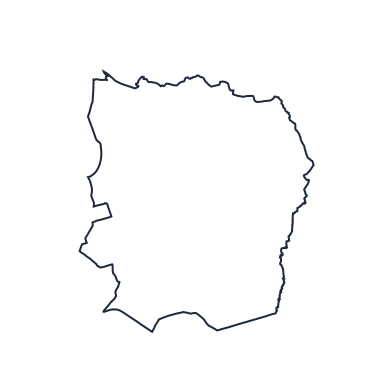 Puok, Siemréab, Cambodia, rotated 164°
{"feature_id": "14789045B68660120235745", "entity_name": "Puok", "entity_type": "district", "adm_level": 2, "iso_a3": "KHM", "parent_name": "Cambodia", "parent_adm1": "Siemréab", "projection": "orthographic", "projection_center": [103.615, 13.442], "detail": "fine", "context": "isolated", "style": "outline", "palette": "slate", "viewbox_px": 384, "rotation_deg": 164, "n_neighbors": 0, "source": "geoboundaries", "source_scale": "gbopen_adm2", "svg_char_len": 5952}
<svg xmlns="http://www.w3.org/2000/svg" viewBox="0 0 384 384"><g transform="rotate(164 192 192)"><path d="M235.6,320.9L236.9,323.2L240.5,328.6L241.4,329.8L243.7,332.1L243.5,330.6L242.9,329.2L241.3,326.7L242.3,326.8L243.0,326.4L243.2,326.0L243.4,325.6L243.5,324.9L242.9,323.6L243.0,323.1L244.6,323.8L248.6,324.8L252.8,326.8L253.5,327.0L254.7,326.6L255.6,327.3L258.2,318.8L262.8,305.9L264.5,303.9L268.5,297.0L271.0,293.5L271.2,292.9L270.1,277.3L269.7,269.6L269.1,267.6L267.3,265.0L266.8,263.9L266.7,263.1L267.9,256.5L269.1,252.1L270.9,247.9L273.0,244.2L275.7,240.8L278.3,238.3L280.2,237.1L281.7,236.4L284.5,235.2L285.6,235.0L287.9,235.0L287.5,233.4L287.2,231.6L287.0,228.0L287.1,224.5L287.7,221.1L288.6,218.7L289.8,216.6L289.9,215.7L289.3,209.2L289.5,207.5L290.5,205.1L284.9,205.1L279.6,204.8L278.7,205.3L277.0,204.3L276.8,203.4L276.7,199.5L276.2,190.7L276.9,190.5L278.1,190.5L287.1,190.5L291.1,190.7L296.0,190.2L296.8,186.8L307.4,176.8L307.2,172.1L312.2,172.0L316.4,166.1L314.9,164.1L312.6,161.5L310.2,158.1L308.8,156.6L304.0,149.3L303.7,148.8L303.5,147.5L301.3,144.9L300.6,144.6L297.5,144.3L292.8,144.5L288.7,144.5L288.5,143.7L290.1,137.4L290.2,135.6L288.9,132.6L288.7,129.6L288.4,127.4L288.1,126.5L287.8,126.1L286.6,125.6L286.9,124.8L289.1,121.4L292.4,118.3L293.1,117.3L293.4,116.1L293.4,114.5L293.7,112.9L294.4,112.2L296.1,110.7L297.2,110.0L299.5,108.9L301.4,107.7L303.3,106.2L309.7,102.0L310.0,101.3L309.3,101.0L303.2,101.3L300.6,101.0L296.3,99.6L294.4,98.3L292.8,96.8L289.6,93.2L286.5,89.4L283.7,86.3L277.8,79.1L268.9,68.6L265.4,72.1L264.3,73.7L259.9,77.6L258.9,78.7L258.1,78.7L253.5,79.2L249.7,79.5L239.9,79.4L235.2,79.0L233.2,79.0L232.2,78.3L230.7,77.7L226.7,75.4L223.7,75.2L221.7,74.7L220.0,72.7L216.4,67.5L215.4,65.5L214.6,62.5L214.0,61.2L213.0,59.3L207.8,54.1L206.0,52.0L198.3,52.0L194.7,51.9L186.2,52.1L155.7,52.2L148.0,52.5L146.3,52.3L145.0,52.3L144.5,53.3L143.0,54.5L143.3,55.5L143.0,55.8L143.1,56.9L142.6,57.6L141.8,57.4L141.1,57.5L140.7,58.1L140.8,58.8L139.9,60.2L139.4,61.9L138.4,63.1L138.4,63.6L138.8,64.3L138.6,65.0L137.2,64.8L137.4,65.9L137.2,66.3L136.6,66.8L136.4,67.7L136.5,68.1L135.5,69.6L134.6,71.8L133.9,71.3L133.7,72.1L133.9,72.7L133.6,73.4L133.0,73.2L131.7,74.7L132.2,75.2L131.6,76.4L131.2,76.7L130.1,77.0L129.8,78.2L128.8,78.7L128.7,79.1L128.3,79.4L128.0,80.0L128.4,80.5L128.3,81.2L128.0,81.9L128.0,82.5L127.4,82.9L128.5,83.7L126.9,85.2L126.9,87.1L126.3,89.8L125.7,93.0L126.1,93.8L125.8,94.5L126.0,95.0L126.0,95.7L126.3,96.3L126.2,97.3L127.0,97.9L127.2,98.6L126.2,100.2L125.7,100.6L124.8,103.0L125.1,103.5L124.8,104.1L125.5,104.8L125.1,105.6L124.2,106.9L123.2,105.9L122.4,106.2L122.1,106.8L121.9,108.0L122.2,108.5L122.6,108.7L122.7,110.2L122.4,111.4L121.6,113.0L120.0,113.1L117.7,112.3L117.3,113.1L116.5,112.4L116.1,112.4L115.9,113.4L116.0,113.7L115.8,114.5L115.7,116.0L115.4,116.5L114.8,118.5L114.3,118.6L113.2,118.2L112.0,118.5L112.0,118.9L111.7,120.4L111.6,122.1L111.2,123.0L109.6,123.5L109.2,123.8L109.1,124.5L108.0,125.2L106.3,127.1L106.3,128.5L105.4,129.9L105.3,130.7L104.7,132.1L104.8,132.7L104.6,133.1L104.2,133.3L103.8,134.0L103.8,135.2L103.2,135.8L103.3,137.3L102.6,138.0L102.2,140.0L101.6,141.5L101.6,141.9L101.0,142.6L101.0,143.0L100.8,143.7L99.3,143.4L98.9,143.7L98.3,144.4L96.1,144.5L95.8,144.8L95.7,145.8L95.1,147.5L94.6,147.5L92.3,148.2L92.0,148.7L91.6,148.6L90.3,149.1L90.1,149.5L89.5,149.6L89.2,150.0L88.5,150.3L86.6,149.7L86.2,150.0L85.8,150.6L86.3,150.9L86.6,151.4L86.0,152.0L85.6,153.3L86.0,154.7L84.5,155.8L83.5,156.1L83.0,156.5L82.6,157.0L83.5,159.2L83.2,160.5L83.5,163.1L83.4,163.7L78.6,167.7L78.2,168.0L77.3,169.7L76.6,170.3L76.3,170.9L76.5,171.5L77.4,171.9L78.5,172.1L79.0,173.0L79.8,175.2L80.0,176.4L80.0,177.0L79.6,177.3L79.1,177.5L77.7,177.5L76.1,177.9L75.6,178.4L72.7,180.1L68.6,183.7L67.7,184.2L67.8,186.6L67.6,188.2L69.4,190.4L69.6,191.1L70.0,191.2L70.5,192.2L70.9,192.5L71.5,194.1L71.4,195.2L71.8,197.7L71.6,198.7L71.8,202.0L71.4,204.9L72.3,208.3L72.5,209.6L72.8,210.6L73.0,212.5L72.7,214.1L72.7,215.3L73.0,216.2L72.9,218.0L73.6,219.7L74.2,222.0L74.9,222.4L75.1,223.4L75.2,224.4L74.9,225.6L74.2,227.8L74.1,229.3L75.6,230.7L76.3,232.0L78.1,234.0L78.1,236.3L78.2,236.7L77.2,237.1L77.0,238.0L77.1,239.2L77.5,240.4L77.2,241.4L77.5,241.7L78.2,241.8L78.4,242.8L79.0,243.1L79.4,243.6L79.7,244.4L79.9,247.0L80.7,247.7L80.9,249.4L80.6,250.3L81.6,252.6L81.3,253.5L80.8,253.9L80.7,254.7L81.1,255.5L82.1,256.9L82.5,258.0L82.6,258.7L82.9,259.3L83.4,259.2L85.9,261.0L86.6,260.8L87.1,260.1L88.4,259.3L90.2,258.6L92.0,258.4L97.4,259.5L99.5,259.6L103.7,260.3L105.3,261.0L106.1,261.8L106.7,263.2L106.6,266.2L106.9,267.4L107.9,267.9L112.9,269.1L116.4,269.4L116.9,269.6L121.7,271.9L125.6,274.6L125.5,275.6L124.2,278.2L124.8,278.4L126.6,278.8L127.3,279.6L127.5,281.1L127.5,286.3L127.9,286.9L128.7,287.5L129.8,288.8L130.7,288.9L132.3,289.9L134.2,290.0L134.8,289.9L134.9,289.4L135.6,288.2L136.3,287.7L137.3,287.5L138.0,287.7L144.3,288.0L144.7,288.3L145.5,289.2L146.6,290.9L148.0,293.6L148.7,294.4L149.3,297.8L149.8,298.8L151.0,299.7L151.9,300.0L152.3,300.3L153.4,301.9L153.8,302.1L154.9,302.6L155.3,302.3L156.4,301.9L160.2,302.0L160.5,301.7L160.9,301.9L161.3,301.8L162.6,301.2L163.6,302.1L164.1,302.9L164.6,303.3L165.2,303.5L165.6,303.5L166.7,303.3L167.2,303.0L167.9,302.2L168.7,300.8L169.3,300.6L171.3,300.7L173.7,300.4L177.0,298.7L177.8,298.7L180.3,299.9L180.9,299.9L182.6,301.3L184.6,302.4L186.5,303.2L187.3,303.0L189.3,301.7L189.9,301.6L190.5,301.8L191.2,302.7L192.8,302.2L194.7,305.0L195.6,306.0L197.3,307.1L200.7,308.9L203.2,309.5L203.9,310.4L204.5,312.8L204.7,313.1L205.0,313.3L206.8,313.6L207.5,314.1L207.4,314.6L207.1,315.1L206.7,315.5L206.7,316.0L207.0,316.2L208.2,316.4L209.3,316.3L211.4,314.7L212.3,314.2L212.8,313.8L213.2,313.0L213.6,312.7L213.9,311.9L214.5,311.7L215.9,311.4L216.2,311.1L216.1,310.3L215.7,309.7L214.4,309.0L214.3,308.5L215.1,307.8L217.7,307.4L218.3,307.4L218.9,307.7L222.1,310.2L222.9,310.5L230.1,315.5L234.5,319.5L235.6,320.9Z" fill="none" stroke="#1e293b" stroke-width="2"/></g></svg>